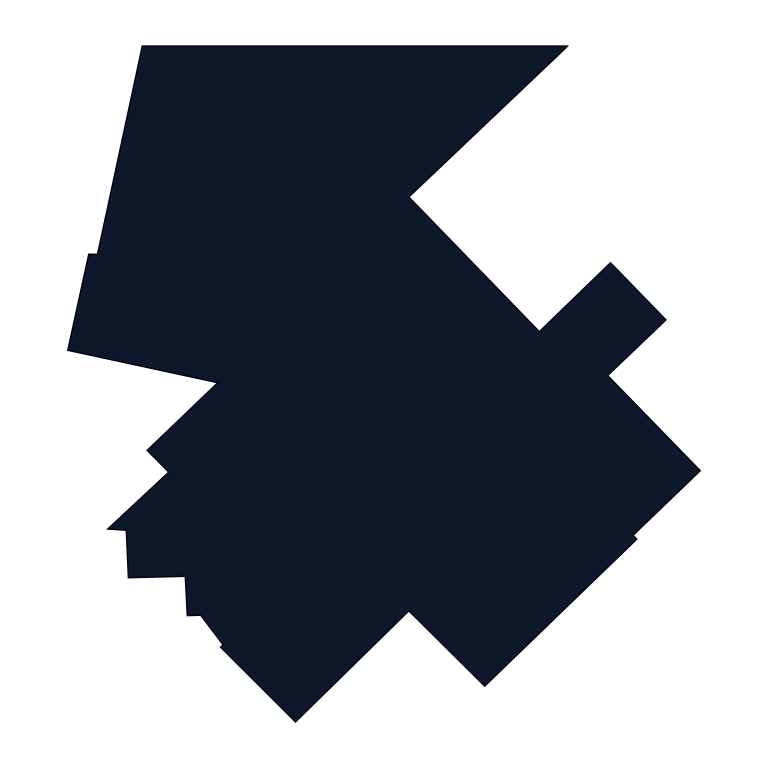 the district of General Pinto, Buenos Aires, Argentina
{"feature_id": "61730980B27788441407365", "entity_name": "General Pinto", "entity_type": "district", "adm_level": 2, "iso_a3": "ARG", "parent_name": "Argentina", "parent_adm1": "Buenos Aires", "projection": "robinson", "projection_center": [-62.056, -34.684], "detail": "fine", "context": "isolated", "style": "filled", "palette": "ink", "viewbox_px": 768, "rotation_deg": 0, "n_neighbors": 0, "source": "geoboundaries", "source_scale": "gbopen_adm2", "svg_char_len": 585}
<svg xmlns="http://www.w3.org/2000/svg" viewBox="0 0 768 768"><path d="M665.9,319.9L610.5,262.8L539.3,331.7L408.8,197.0L529.1,82.7L564.9,48.7L566.2,47.3L567.3,46.1L566.1,46.1L562.4,46.1L333.2,46.1L143.3,46.1L142.2,46.1L141.8,47.9L141.7,48.9L130.8,99.7L105.9,215.6L97.5,254.4L88.8,254.2L67.8,350.3L217.8,382.7L147.2,450.4L168.8,472.1L107.8,529.0L126.3,530.2L128.4,577.7L185.3,576.3L187.3,615.6L200.7,615.2L223.2,644.9L220.6,647.1L295.5,721.9L408.8,610.8L484.7,686.1L636.7,539.2L633.1,535.2L700.2,470.7L607.6,375.5L665.9,319.9Z" fill="#0f172a" stroke="#020617" stroke-width="1.5"/></svg>